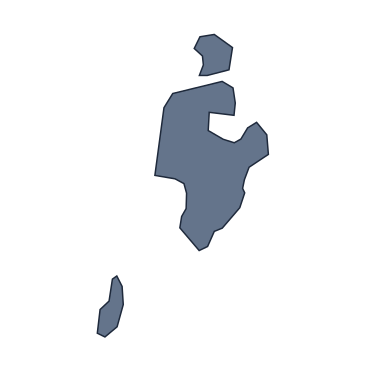 outline of Aland, rotated 101°
{"feature_id": "ALA", "entity_name": "Aland", "entity_type": "country or territory", "adm_level": 0, "iso_a3": "ALA", "parent_name": "Europe", "parent_adm1": "", "projection": "equal_earth", "projection_center": [19.994, 60.209], "detail": "fine", "context": "isolated", "style": "filled", "palette": "slate", "viewbox_px": 384, "rotation_deg": 101, "n_neighbors": 0, "source": "natural_earth", "source_scale": "50m", "svg_char_len": 783}
<svg xmlns="http://www.w3.org/2000/svg" viewBox="0 0 384 384"><g transform="rotate(101 192 192)"><path d="M169.9,142.9L178.8,143.0L182.8,140.1L198.3,142.1L221.7,155.4L226.4,162.6L242.5,166.3L248.1,173.8L229.5,197.1L218.0,197.5L209.4,194.6L194.2,197.1L185.3,201.5L182.3,211.2L182.8,231.6L114.6,235.6L99.0,229.7L77.7,183.5L82.0,171.6L96.4,166.5L108.7,165.4L110.5,190.3L128.6,187.8L134.3,171.4L135.6,159.9L130.7,154.1L118.4,149.6L111.3,141.9L121.6,129.5L140.5,124.2L156.8,140.7L169.9,142.9ZM74.7,199.3L76.2,207.0L65.1,205.1L56.5,207.7L50.7,217.2L38.1,213.8L33.1,200.2L42.5,179.8L65.0,179.0L74.7,199.3ZM350.9,249.8L348.7,258.0L324.9,259.8L314.9,252.6L292.7,253.5L288.8,249.8L298.0,242.6L315.6,238.0L338.6,239.8L350.9,249.8Z" fill="#64748b" stroke="#1e293b" stroke-width="1.5"/></g></svg>